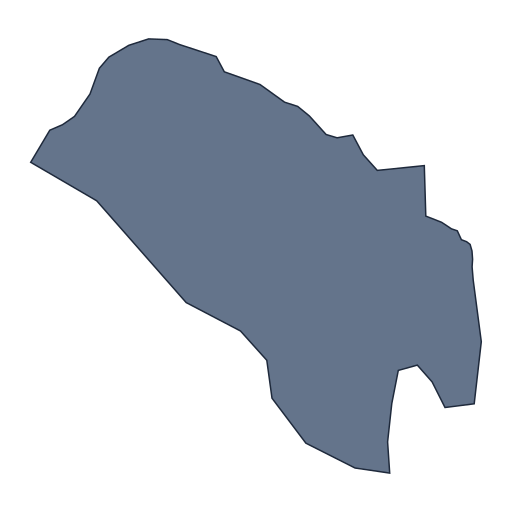 an SVG outline of Nakasongola
{"feature_id": "UGA-3090", "entity_name": "Nakasongola", "entity_type": "District", "adm_level": 1, "iso_a3": "UGA", "parent_name": "Uganda", "parent_adm1": "", "projection": "robinson", "projection_center": [32.471, 1.323], "detail": "fine", "context": "isolated", "style": "filled", "palette": "slate", "viewbox_px": 512, "rotation_deg": 0, "n_neighbors": 0, "source": "natural_earth", "source_scale": "10m", "svg_char_len": 726}
<svg xmlns="http://www.w3.org/2000/svg" viewBox="0 0 512 512"><path d="M148.6,38.9L167.2,39.6L179.7,44.6L216.2,56.6L224.3,71.8L260.0,84.5L284.6,102.2L297.7,106.4L309.4,116.0L326.1,134.5L337.1,137.8L352.8,135.0L363.3,154.8L377.3,170.4L424.3,165.6L425.8,216.1L441.6,222.3L451.4,228.8L457.3,230.8L461.4,239.7L466.6,241.7L470.1,244.4L472.0,251.0L472.6,259.3L472.1,266.8L473.2,280.0L481.3,341.7L474.2,403.8L445.0,407.5L432.1,381.9L417.3,365.1L398.3,370.4L391.8,403.5L387.6,441.9L389.7,473.1L355.0,468.0L305.9,443.2L272.0,398.2L266.8,360.3L240.5,331.0L186.2,302.6L96.7,200.8L30.7,162.3L49.8,130.2L62.5,124.7L74.5,116.4L90.0,94.0L99.4,68.2L108.9,57.1L128.8,45.3L148.6,38.9Z" fill="#64748b" stroke="#1e293b" stroke-width="1.5"/></svg>